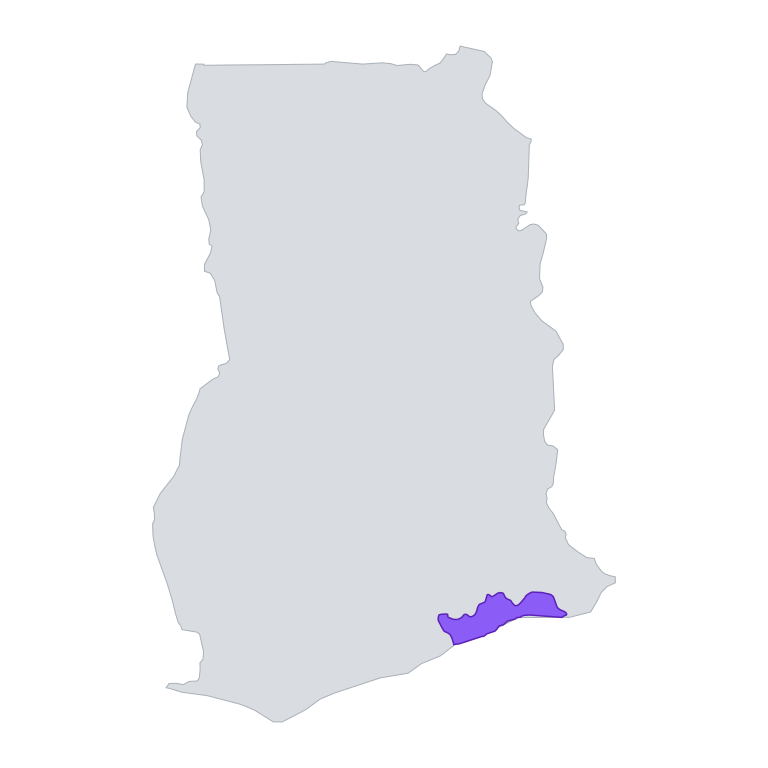 Ghana, with Greater Accra highlighted
{"feature_id": "GHA-2172", "entity_name": "Greater Accra", "entity_type": "Region", "adm_level": 1, "iso_a3": "GHA", "parent_name": "Ghana", "parent_adm1": "", "projection": "mercator", "projection_center": [0.02, 5.749], "detail": "fine", "context": "in_parent", "style": "filled", "palette": "violet", "viewbox_px": 768, "rotation_deg": 0, "n_neighbors": 0, "source": "natural_earth", "source_scale": "10m", "svg_char_len": 4586}
<svg xmlns="http://www.w3.org/2000/svg" viewBox="0 0 768 768"><path d="M484.2,51.5L490.9,57.9L492.4,61.6L490.0,75.4L485.1,85.1L482.0,94.1L482.4,98.6L485.4,103.1L495.5,110.2L500.7,114.8L506.9,121.8L514.0,128.6L526.1,137.5L531.2,139.1L531.0,141.6L529.3,145.0L528.2,178.0L527.2,186.6L526.4,190.9L525.2,203.2L524.0,205.0L521.7,204.8L519.6,205.3L519.0,207.7L519.9,210.3L527.2,212.0L525.6,213.9L520.2,215.6L517.7,219.3L518.8,223.5L515.8,226.9L516.6,229.2L518.6,230.9L521.6,230.3L530.2,224.6L533.7,224.0L538.2,225.2L546.3,233.8L546.7,238.1L543.3,252.6L540.1,263.8L539.5,278.7L542.9,287.1L542.5,291.7L538.7,295.7L530.3,301.4L531.0,305.4L534.8,312.7L541.9,320.9L555.8,331.0L563.1,344.1L563.3,349.5L559.0,354.9L554.0,359.5L552.4,366.2L554.6,410.3L543.6,429.4L543.5,434.8L544.6,441.1L547.5,445.0L553.1,446.0L557.7,449.7L556.1,463.1L553.7,476.8L553.3,483.4L551.9,486.5L547.6,489.1L546.0,493.4L547.1,498.7L546.3,502.6L548.7,507.7L553.6,514.1L561.7,529.8L564.8,531.1L566.1,534.4L565.3,537.6L568.4,544.5L577.3,551.5L586.7,557.6L594.3,558.4L596.1,563.9L601.1,570.8L604.7,573.8L610.5,575.8L615.2,576.8L615.4,582.7L606.9,586.7L601.1,592.7L596.7,601.9L590.6,612.0L569.6,617.3L561.6,617.3L518.5,617.6L478.2,637.4L455.0,644.5L440.7,655.7L421.5,663.6L408.1,673.2L380.2,677.9L334.6,693.0L320.3,699.0L305.8,709.6L282.3,721.9L273.1,721.8L254.7,710.2L240.8,704.4L207.0,695.6L181.7,692.2L169.5,688.4L166.1,687.7L169.0,683.6L176.1,683.3L183.5,684.6L189.1,681.4L197.3,681.0L199.4,677.7L200.1,669.3L200.0,662.6L202.9,659.6L203.6,651.7L199.6,634.1L196.7,632.1L182.0,629.6L180.9,626.1L178.2,622.4L175.4,613.3L172.2,599.8L167.0,583.1L157.1,555.5L154.7,545.7L153.0,535.8L152.6,523.9L154.6,519.5L154.3,513.3L153.4,507.2L160.4,493.2L174.1,475.9L177.0,469.7L179.5,465.4L179.9,459.2L182.3,439.1L188.9,414.8L193.0,405.6L195.8,400.7L199.1,392.6L200.0,388.8L212.6,379.3L218.4,376.7L219.7,372.9L217.8,368.8L218.6,366.0L221.6,364.6L226.3,363.5L229.7,359.6L224.3,329.6L220.0,299.6L219.8,297.1L217.2,292.9L214.7,280.6L210.4,273.3L204.5,271.2L204.5,264.4L210.5,252.9L212.1,246.1L209.2,244.1L208.8,238.8L210.8,230.3L209.8,225.0L208.7,219.5L202.5,206.3L201.0,197.0L204.2,191.6L204.1,179.7L200.7,161.3L200.2,149.6L202.4,144.8L201.3,140.2L196.8,135.8L196.5,131.6L200.3,127.4L199.9,124.2L195.1,121.8L190.8,116.2L186.9,107.2L187.7,92.8L194.9,66.2L195.8,64.0L203.9,64.2L204.0,65.3L229.3,65.0L258.3,64.8L292.9,64.4L324.3,64.1L325.7,62.9L330.9,61.4L362.7,64.1L382.5,62.8L390.9,63.7L397.1,65.5L410.8,64.3L418.1,65.0L423.7,71.6L425.9,71.6L429.0,68.8L434.5,65.6L440.1,63.0L444.0,57.9L446.5,53.9L450.1,54.7L455.3,54.5L458.8,51.2L460.1,46.1L484.2,51.5Z" fill="#d9dde1" stroke="#a8b0b8" stroke-width="1"/><path d="M561.8,617.4L529.5,615.0L525.0,615.3L522.6,615.8L521.3,616.4L520.8,617.0L520.2,617.3L517.7,617.4L516.8,617.7L514.8,619.1L507.9,621.0L506.3,622.1L503.4,624.8L499.3,625.9L497.9,627.5L496.7,629.4L495.0,631.1L486.7,633.9L486.2,634.2L484.9,635.6L484.2,636.0L483.3,636.4L481.7,636.5L459.3,643.8L454.5,644.4L453.9,644.7L452.3,639.1L450.6,635.4L450.2,634.8L449.5,634.1L448.1,633.1L446.4,632.2L445.9,632.1L444.8,631.6L443.9,630.9L442.4,628.5L438.5,620.9L438.3,620.1L438.2,619.6L438.1,619.0L438.2,618.1L438.6,615.8L438.7,615.5L438.9,615.2L439.1,615.0L439.4,614.8L440.3,614.5L441.4,614.3L445.9,614.0L447.0,614.1L447.7,614.5L447.7,616.3L447.9,616.8L448.3,617.2L449.2,617.7L450.8,618.3L451.3,618.5L453.2,619.3L454.3,619.4L456.9,619.5L457.7,619.3L458.7,619.0L460.5,618.1L461.4,617.6L462.0,617.1L464.0,614.7L464.6,614.4L465.2,614.3L466.4,614.4L467.1,614.8L467.7,615.1L468.0,615.5L468.4,615.8L469.3,616.4L470.4,616.8L471.2,616.7L472.2,616.4L473.7,615.6L474.4,615.0L474.9,614.4L475.3,614.0L475.5,613.6L476.5,611.6L477.6,607.5L478.8,605.1L479.2,604.6L479.8,604.2L484.2,602.4L484.9,601.8L485.4,601.2L487.1,595.0L487.5,594.6L488.1,594.5L489.2,594.9L489.9,595.3L490.4,595.7L491.1,596.5L491.5,596.7L491.8,596.6L492.6,596.4L493.9,595.8L497.6,593.2L498.4,593.0L499.6,592.7L501.1,592.7L502.4,592.9L503.1,593.3L503.5,593.7L504.9,596.7L505.5,597.5L506.2,598.2L507.1,598.8L507.5,599.1L510.4,600.3L510.8,600.7L511.2,601.2L512.5,603.3L513.2,604.0L514.3,605.1L514.7,605.4L515.3,605.6L515.9,605.7L516.7,605.6L517.3,605.4L518.7,604.6L520.3,603.1L524.8,597.9L525.6,596.3L526.0,595.9L526.7,595.1L528.7,593.7L530.5,592.7L531.5,592.3L532.6,592.1L533.3,592.1L541.9,592.5L550.0,594.3L551.4,595.0L552.3,595.7L553.4,596.8L557.0,606.8L558.2,608.3L559.4,609.2L560.8,610.1L563.1,611.0L564.6,611.7L565.4,612.3L565.8,612.6L566.2,613.0L566.5,613.5L566.7,614.3L566.4,614.8L566.1,615.2L564.0,615.9L561.8,617.4L561.8,617.4Z" fill="#8b5cf6" stroke="#5b21b6" stroke-width="1.5"/></svg>